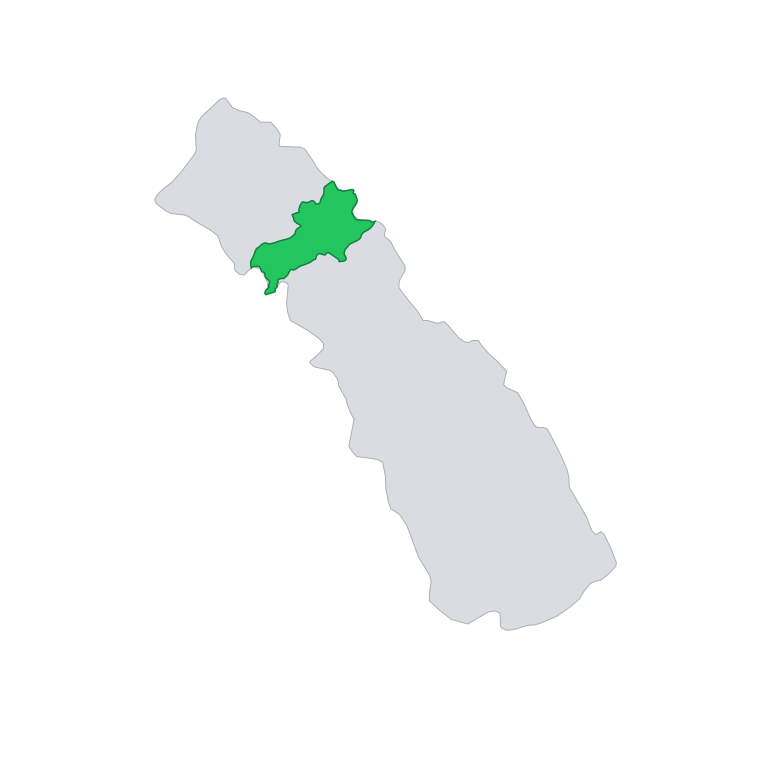 Janakpur on a map of Nepal (Robinson projection), rotated 210°
{"feature_id": "NPL-1131", "entity_name": "Janakpur", "entity_type": "Administrative Zone", "adm_level": 1, "iso_a3": "NPL", "parent_name": "Nepal", "parent_adm1": "", "projection": "robinson", "projection_center": [86.017, 27.361], "detail": "fine", "context": "in_parent", "style": "filled", "palette": "green", "viewbox_px": 768, "rotation_deg": 210, "n_neighbors": 0, "source": "natural_earth", "source_scale": "10m", "svg_char_len": 5652}
<svg xmlns="http://www.w3.org/2000/svg" viewBox="0 0 768 768"><g transform="rotate(210 384 384)"><path d="M671.7,426.5L674.7,428.8L675.0,432.6L674.5,436.8L671.5,445.8L668.8,452.2L665.7,465.6L663.0,488.8L663.6,492.8L672.2,506.2L675.6,516.4L675.9,523.4L672.4,535.1L668.4,548.3L666.3,551.2L664.0,552.3L653.5,547.7L646.2,548.3L637.9,550.9L629.2,550.4L621.9,548.9L612.8,554.2L604.1,551.3L598.5,548.0L594.7,538.9L593.2,537.7L574.8,547.3L570.4,547.9L559.0,542.7L549.6,537.6L546.1,536.1L537.1,534.1L529.0,532.9L520.2,529.7L509.2,533.9L504.8,533.6L500.7,530.6L498.5,524.4L498.0,518.6L494.2,514.6L488.5,513.6L480.4,517.2L468.5,522.0L464.7,521.2L461.2,519.8L460.0,518.6L458.3,513.1L456.4,511.9L453.7,511.7L448.8,510.4L442.9,506.3L424.7,496.6L422.4,492.4L422.5,482.9L421.5,479.0L419.3,474.9L410.0,470.7L391.9,464.0L381.9,458.6L377.1,461.1L367.9,463.3L363.0,468.2L357.1,466.6L343.0,461.5L335.4,460.8L330.9,462.5L329.8,465.4L324.0,468.8L318.6,466.1L307.8,462.5L298.3,460.6L284.0,456.3L282.4,449.7L280.0,443.2L276.6,442.0L263.7,443.3L252.0,436.2L239.4,427.0L234.0,424.0L230.5,422.9L227.4,424.1L223.9,426.2L220.7,426.8L213.9,422.9L205.2,417.2L194.5,410.3L181.9,400.7L176.8,395.2L174.5,391.1L171.9,387.3L161.0,381.0L152.4,376.0L142.0,370.0L140.2,368.8L136.3,365.2L130.3,360.7L125.3,359.4L123.7,361.9L122.5,364.5L118.1,363.9L111.5,359.3L104.5,354.5L99.0,350.0L93.4,345.4L92.1,342.0L94.6,331.6L98.0,322.6L100.8,320.6L105.5,314.6L107.2,304.2L107.3,295.3L111.9,282.7L118.2,269.4L128.9,255.0L133.5,250.3L138.7,247.1L148.6,236.5L150.6,234.8L154.9,232.0L159.1,231.4L162.3,232.7L165.4,238.2L169.3,243.5L174.1,243.2L179.7,238.7L191.6,218.0L207.8,213.8L223.0,215.9L236.4,219.0L240.3,225.9L242.9,233.1L244.5,236.8L248.9,241.2L267.8,251.5L278.8,260.8L294.0,273.3L305.4,278.9L315.6,279.3L321.3,284.2L329.8,294.0L337.0,305.2L346.1,315.6L352.4,315.2L361.0,311.9L371.5,307.5L377.6,309.6L383.3,312.5L385.2,317.9L388.6,328.0L392.3,338.5L398.3,342.2L405.4,347.7L409.3,352.0L422.6,359.9L424.5,363.1L427.2,365.3L430.4,366.6L433.1,368.3L437.3,368.8L452.7,364.1L456.8,364.7L459.2,365.5L459.2,367.3L456.4,374.7L454.1,384.1L456.5,388.9L462.9,390.9L477.2,392.3L496.5,392.2L502.3,397.0L508.2,404.2L514.0,416.5L516.4,421.7L519.3,423.2L524.3,421.1L525.1,416.1L525.3,408.5L529.5,405.9L532.2,407.8L535.4,413.7L543.3,419.0L549.1,421.6L554.6,420.7L556.9,418.7L559.6,408.4L563.9,406.9L569.4,407.6L571.5,409.6L573.7,413.7L580.4,415.7L587.0,418.3L593.2,421.6L601.9,429.3L612.7,430.6L625.2,430.5L631.8,430.7L636.6,431.2L641.0,430.7L653.8,425.2L659.0,424.8L665.5,425.5L671.7,426.5Z" fill="#d9dde1" stroke="#a8b0b8" stroke-width="1"/><path d="M530.9,402.4L532.3,402.7L533.1,404.3L533.1,406.4L532.7,408.1L532.1,409.5L532.2,410.3L532.8,411.0L533.3,411.9L533.8,414.4L534.3,415.4L535.4,416.0L536.9,416.5L538.3,416.6L539.7,417.0L540.9,417.9L542.6,420.2L543.3,420.7L544.0,420.8L544.6,420.6L545.2,420.3L545.8,420.2L546.5,420.5L548.9,422.6L550.3,423.2L551.3,423.1L553.9,421.7L555.5,420.8L556.5,419.6L556.9,418.0L558.2,419.4L560.4,422.9L560.9,425.1L560.8,427.4L561.3,431.6L561.9,434.0L562.0,435.8L562.2,437.2L561.9,438.0L561.6,438.7L561.0,439.5L560.5,440.8L559.8,443.3L559.0,445.0L558.2,446.1L557.3,446.8L555.6,447.4L554.1,447.7L553.4,447.9L552.9,448.2L550.5,450.6L549.5,451.5L545.9,455.7L539.5,462.0L538.3,463.7L537.1,466.5L536.5,468.4L536.3,469.2L536.3,469.8L536.4,470.5L537.1,472.3L537.2,473.0L537.0,474.1L536.7,475.4L534.8,478.8L534.8,479.3L536.0,479.7L540.0,479.6L542.4,480.1L543.4,480.5L544.0,480.9L544.5,481.7L545.0,482.3L545.4,482.6L547.6,484.1L547.9,484.4L548.1,484.7L547.7,485.5L545.5,488.3L543.6,490.0L543.5,490.5L543.8,490.9L544.1,491.2L544.5,491.6L544.8,492.1L545.4,494.2L546.0,496.6L546.0,499.1L545.8,500.4L545.3,501.1L542.3,502.1L540.4,503.4L538.3,506.6L536.5,507.3L535.8,507.2L534.9,506.9L533.0,506.0L532.3,506.0L531.7,506.4L530.7,507.6L530.4,508.2L530.2,508.8L530.2,509.3L530.3,509.8L530.9,511.6L531.1,512.7L531.1,516.9L531.2,517.8L531.3,518.6L531.7,519.6L532.1,520.5L533.4,522.6L533.8,523.4L534.0,524.4L534.0,525.2L533.7,526.0L530.3,533.6L530.3,533.8L530.2,533.8L528.5,533.9L528.0,533.7L527.7,533.3L522.7,530.1L520.5,529.3L517.9,530.2L516.2,530.4L514.9,531.1L510.0,535.6L508.4,536.6L507.3,536.8L506.8,536.3L506.6,535.6L506.6,534.9L506.5,534.2L505.9,533.7L505.2,533.9L504.5,534.2L503.8,534.0L499.9,530.7L498.9,529.4L498.1,526.4L498.7,520.2L498.1,517.3L497.1,516.0L491.4,512.7L490.6,512.4L484.9,514.8L481.8,516.6L479.1,518.1L477.8,518.5L476.5,518.1L475.3,518.0L474.1,519.1L473.1,520.4L473.0,516.9L473.1,515.2L473.7,512.5L474.9,509.4L477.2,505.8L477.7,504.8L477.9,503.9L478.0,502.4L477.9,501.3L477.8,500.5L477.6,500.0L477.5,499.3L477.4,498.6L477.6,497.7L477.9,496.7L479.0,494.7L483.6,488.0L484.0,486.1L484.2,483.9L484.4,483.3L484.5,482.9L484.7,482.5L484.8,481.8L484.8,480.8L484.4,478.9L484.0,477.7L483.6,477.0L483.2,476.5L482.8,476.1L482.2,475.7L480.4,474.7L479.8,474.2L479.5,473.6L479.2,472.9L479.2,472.2L479.4,471.6L480.5,470.1L483.9,467.6L485.4,468.9L485.9,469.1L486.4,469.3L496.8,470.0L497.7,470.0L498.5,469.6L499.2,468.4L499.4,467.6L499.4,466.8L499.8,466.2L500.7,465.7L504.9,465.0L506.6,463.0L506.2,459.6L506.1,459.1L505.7,457.9L506.1,457.3L506.9,456.4L507.4,455.6L508.2,454.0L508.5,452.8L511.9,448.3L514.8,445.1L515.6,443.9L516.5,442.4L517.7,439.7L518.7,438.2L519.4,437.5L519.8,437.3L521.4,437.0L521.9,436.5L522.1,435.7L522.2,433.9L522.0,430.9L522.3,428.9L523.6,425.1L524.1,425.0L525.1,424.5L527.4,422.1L527.8,421.8L527.8,420.9L527.4,420.3L526.9,419.8L526.6,419.2L526.5,418.2L526.7,417.5L526.7,416.8L526.1,416.0L525.4,415.5L525.3,415.0L525.4,414.5L525.4,413.8L525.7,412.3L525.8,411.9L525.5,411.2L524.7,410.0L524.6,409.1L530.9,402.4Z" fill="#22c55e" stroke="#15803d" stroke-width="1.5"/></g></svg>